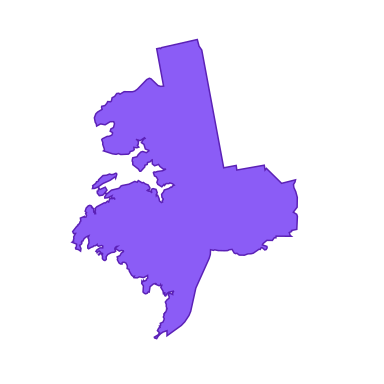 Papakura Local Board Area, Auckland, New Zealand (Albers equal-area conic projection), rotated 11°
{"feature_id": "76426892B98543988194896", "entity_name": "Papakura Local Board Area", "entity_type": "district", "adm_level": 2, "iso_a3": "NZL", "parent_name": "New Zealand", "parent_adm1": "Auckland", "projection": "albers", "projection_center": [174.924, -37.061], "detail": "fine", "context": "isolated", "style": "filled", "palette": "violet", "viewbox_px": 384, "rotation_deg": 11, "n_neighbors": 0, "source": "geoboundaries", "source_scale": "gbopen_adm2", "svg_char_len": 6049}
<svg xmlns="http://www.w3.org/2000/svg" viewBox="0 0 384 384"><g transform="rotate(11 192 192)"><path d="M85.0,143.4L85.8,145.5L89.3,142.6L93.9,142.6L98.3,138.6L101.7,137.9L102.9,139.8L102.6,143.7L100.3,145.6L100.1,148.0L102.6,148.8L102.8,150.0L102.4,151.5L99.9,153.2L98.1,153.6L93.8,156.9L93.4,157.9L95.0,160.4L95.3,162.3L97.6,166.3L98.0,167.7L97.3,168.5L106.7,169.7L110.3,169.5L112.5,168.3L114.9,168.8L122.3,167.0L123.3,165.8L123.6,164.1L126.1,162.9L127.2,161.5L126.4,159.3L129.5,159.1L131.2,158.1L129.5,156.5L130.1,155.3L129.8,152.8L128.4,151.4L126.9,151.0L131.3,151.5L135.0,147.8L135.7,148.4L134.4,149.3L132.9,153.2L135.7,154.4L138.0,158.7L141.7,159.4L141.8,159.9L139.7,162.1L135.9,161.6L134.1,162.6L132.1,165.6L131.3,167.9L127.3,169.7L127.2,172.1L127.5,173.3L128.0,173.6L128.7,176.5L135.0,179.7L136.8,181.6L137.8,181.4L140.9,176.3L140.6,174.8L142.8,173.5L142.7,171.5L145.2,170.3L146.2,168.5L146.8,168.1L147.7,172.0L150.3,173.4L153.9,171.3L155.7,173.1L159.5,175.0L162.1,174.5L159.0,176.8L154.2,178.4L152.1,179.6L151.0,179.5L150.4,180.4L152.1,183.4L154.0,183.9L156.1,186.2L155.7,189.3L157.0,191.0L161.4,192.7L163.0,190.0L163.7,190.8L165.1,188.6L167.7,188.2L168.5,187.3L171.2,187.6L173.2,188.7L171.9,189.6L171.1,191.3L170.3,191.2L168.6,193.0L164.4,195.3L164.0,197.4L162.6,200.1L163.6,203.1L165.1,204.3L165.2,205.1L164.7,205.4L164.5,206.5L165.0,207.5L164.0,208.2L161.8,207.0L160.9,204.7L158.9,201.7L158.2,201.6L157.7,202.5L157.4,201.5L158.0,199.3L156.2,196.3L153.2,196.1L152.1,196.7L151.7,198.2L152.7,200.6L151.1,199.2L149.5,199.5L147.8,199.1L148.6,198.0L149.8,197.8L150.0,196.8L149.8,195.8L147.6,193.4L144.5,192.9L142.5,191.9L141.3,192.5L137.1,191.0L136.3,192.9L133.8,192.5L128.7,196.3L122.1,199.0L121.0,199.8L120.2,201.6L119.2,202.5L112.6,205.5L108.8,210.1L106.8,208.9L108.2,206.4L105.9,203.8L101.3,207.0L100.5,206.7L99.2,204.6L102.9,200.7L109.3,196.2L113.3,192.1L113.9,192.1L114.4,193.0L114.8,189.1L114.4,188.2L113.6,188.1L111.4,189.7L109.6,190.3L107.6,190.1L105.0,191.8L101.5,192.8L98.0,197.8L98.2,198.3L97.5,199.7L96.4,200.1L95.8,202.0L93.3,204.8L93.8,205.8L93.6,207.6L95.7,207.1L98.8,205.0L100.3,207.3L99.6,207.8L99.4,209.3L98.8,209.4L99.2,211.1L101.7,213.3L105.0,212.1L106.8,209.5L108.4,210.6L107.2,213.5L107.6,214.6L110.7,213.6L114.1,211.0L113.8,212.3L114.6,213.2L116.9,212.8L117.9,214.1L116.6,212.9L115.1,213.7L112.6,214.0L112.1,217.7L110.7,217.1L109.2,219.2L107.9,219.4L101.4,224.6L100.1,226.6L100.7,228.3L100.3,229.7L100.9,230.0L101.5,231.7L100.8,231.9L100.3,230.5L99.4,230.5L98.5,227.0L96.7,226.5L96.4,226.1L96.8,225.8L95.6,224.7L94.2,224.6L92.8,225.4L91.2,227.9L90.8,231.3L92.4,232.5L91.7,233.5L92.9,235.0L92.7,236.8L91.0,237.2L90.9,236.6L87.4,238.9L88.4,241.7L87.9,242.3L87.5,244.5L86.2,246.1L86.4,246.8L85.4,247.7L82.4,253.6L83.7,255.4L85.6,254.9L84.4,258.6L84.9,260.1L84.7,262.7L85.6,262.3L83.8,264.2L88.7,265.2L88.9,268.0L88.3,269.1L88.8,270.1L91.5,270.2L93.9,271.3L93.8,268.7L91.8,265.7L92.7,265.2L93.6,263.8L93.6,262.7L93.0,262.3L93.4,261.2L94.2,261.0L95.0,258.3L96.9,256.1L99.1,254.6L98.6,256.8L99.6,258.1L100.6,261.5L99.9,264.6L100.4,267.0L101.4,267.5L103.5,265.6L105.3,264.6L105.8,263.7L107.5,263.1L108.8,261.6L109.0,262.4L110.6,263.1L113.6,261.7L114.8,262.1L115.0,263.9L112.3,264.4L109.7,267.0L109.0,268.6L110.0,268.9L110.5,269.8L112.1,267.6L113.4,268.1L113.7,268.6L112.1,271.3L112.6,271.6L114.6,269.2L115.9,269.4L116.1,269.9L115.4,270.6L116.3,272.0L116.8,274.6L118.3,275.7L119.6,275.9L120.4,275.0L120.7,274.3L120.1,272.0L121.2,269.4L124.5,266.8L127.2,265.9L128.4,264.6L127.0,262.7L127.3,261.2L128.3,259.9L129.2,259.6L127.7,261.3L127.9,262.2L132.0,263.9L133.8,262.8L135.8,262.8L136.1,263.6L134.2,265.5L133.5,268.1L130.9,270.0L131.7,271.3L131.6,272.7L133.9,275.6L135.5,276.3L137.1,276.0L137.0,274.6L137.5,274.2L139.2,273.9L140.9,274.5L142.6,276.8L142.9,279.5L144.9,280.0L145.6,281.7L148.5,285.1L150.5,286.2L151.4,285.8L151.1,286.9L151.4,287.2L154.7,286.7L156.6,285.3L160.8,285.3L164.3,282.4L165.0,285.0L163.9,286.3L164.0,287.3L162.3,288.6L161.4,288.0L161.5,288.8L160.8,289.5L159.8,288.8L160.1,291.4L162.2,293.4L163.0,299.5L164.7,300.6L166.0,300.8L167.4,299.9L168.1,298.4L169.1,298.4L168.9,293.0L171.7,289.6L173.5,288.8L174.0,288.8L173.8,289.5L177.6,290.3L178.6,289.7L178.8,288.9L179.3,289.8L180.1,289.5L179.6,291.6L182.4,294.7L183.4,297.5L183.8,297.5L184.1,296.2L184.6,296.2L184.8,298.5L185.4,299.1L186.0,299.1L186.9,296.3L188.3,294.8L192.6,292.9L192.9,293.4L192.2,294.5L192.6,296.3L189.7,295.6L188.4,296.8L188.3,297.6L189.6,299.0L189.7,300.7L188.1,302.5L186.8,305.1L188.2,307.3L188.5,309.2L189.8,311.4L189.3,311.7L189.5,313.0L189.0,315.1L188.3,315.5L188.3,316.6L187.6,317.1L188.1,318.3L187.7,320.2L188.9,321.6L188.9,322.7L188.3,325.2L185.9,327.0L186.6,328.5L186.4,329.4L185.6,329.8L186.5,331.0L185.3,331.9L184.5,334.7L186.9,336.4L186.1,338.6L182.7,341.7L183.1,342.4L185.3,342.7L186.3,340.0L188.2,337.1L190.3,335.0L193.9,332.9L194.9,337.9L207.0,325.0L209.7,320.8L212.6,313.8L213.5,309.3L214.1,285.5L221.5,254.0L221.9,249.9L221.2,245.1L224.2,245.2L225.3,244.4L228.8,244.5L235.3,243.4L238.2,242.7L239.5,241.6L242.3,240.7L245.0,243.8L246.5,244.2L247.8,243.6L250.4,244.9L255.6,244.0L258.6,242.1L261.9,241.3L263.8,240.4L268.7,235.4L269.9,235.4L270.6,233.4L271.8,233.4L274.5,235.0L275.8,234.3L276.4,232.5L275.9,231.1L271.2,230.5L271.6,229.1L274.7,225.2L280.1,224.2L281.6,221.1L283.1,221.0L283.0,219.3L297.9,216.5L296.6,215.8L295.2,213.2L297.3,211.8L297.0,210.8L302.0,208.7L300.1,195.8L299.0,193.9L295.3,192.5L298.1,186.9L296.4,177.2L293.8,171.9L291.1,168.1L290.2,165.3L291.2,162.5L291.3,160.3L278.3,166.4L260.5,154.6L259.5,156.5L257.8,151.9L231.8,161.9L230.3,157.5L218.5,162.2L174.5,50.8L171.1,47.5L168.1,41.3L134.3,56.2L133.9,57.2L132.9,56.9L130.0,58.1L143.9,93.5L141.1,94.3L138.3,94.0L130.1,88.7L128.4,88.5L126.1,90.3L118.8,101.5L116.5,103.9L114.3,105.0L106.2,106.5L102.6,109.7L101.3,109.0L99.3,109.7L97.8,113.0L95.6,114.7L95.5,118.0L94.9,118.9L92.0,119.3L91.4,121.4L90.0,123.8L87.0,125.1L87.1,126.3L88.0,128.0L84.1,131.5L82.7,133.6L82.0,137.8L83.7,142.0L85.0,143.4Z" fill="#8b5cf6" stroke="#5b21b6" stroke-width="1.5"/></g></svg>